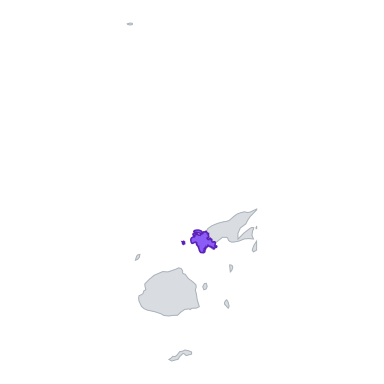 location of Bua, Northern, Fiji
{"feature_id": "14151628B59272471160482", "entity_name": "Bua", "entity_type": "district", "adm_level": 2, "iso_a3": "FJI", "parent_name": "Fiji", "parent_adm1": "Northern", "projection": "natural_earth1", "projection_center": [178.732, -16.793], "detail": "fine", "context": "in_parent", "style": "filled", "palette": "violet", "viewbox_px": 384, "rotation_deg": 0, "n_neighbors": 0, "source": "geoboundaries", "source_scale": "gbopen_adm2", "svg_char_len": 6857}
<svg xmlns="http://www.w3.org/2000/svg" viewBox="0 0 384 384"><path d="M182.6,270.8L182.6,273.0L183.9,274.0L185.1,274.1L188.2,278.4L193.1,282.1L196.0,284.9L196.2,287.3L195.3,289.9L196.5,294.5L197.1,299.2L199.3,306.7L196.3,308.1L191.5,308.3L190.4,309.6L188.8,308.9L184.8,309.4L181.1,311.9L177.5,315.3L173.4,315.3L168.7,316.0L164.0,315.5L160.8,313.7L155.0,311.8L147.3,310.1L144.1,308.7L141.5,306.5L139.0,301.0L138.6,298.3L139.0,295.7L141.2,294.8L143.1,293.5L143.4,291.8L144.2,290.5L145.3,290.1L145.8,289.3L145.0,286.5L144.8,283.9L149.3,279.3L154.1,275.3L162.7,271.6L168.0,271.9L176.1,269.1L178.6,267.8L181.2,268.6L182.6,270.8ZM256.7,209.8L250.1,216.6L247.8,220.0L245.8,223.9L240.3,228.0L237.9,233.5L238.0,239.1L243.6,233.3L249.8,228.5L251.7,227.5L253.7,227.6L253.5,229.2L252.6,230.8L251.9,235.1L253.5,239.0L248.9,238.6L244.4,238.9L238.9,241.1L233.6,242.1L231.6,242.1L229.7,241.4L228.5,240.3L227.5,237.7L226.5,237.3L222.3,237.4L216.0,242.5L213.9,246.9L211.4,247.1L208.6,246.2L205.1,249.5L201.0,250.7L199.2,247.9L198.0,244.4L196.5,241.8L192.0,241.2L192.7,238.1L193.9,236.8L195.0,234.9L195.7,232.8L197.8,234.1L200.1,235.0L202.6,233.4L205.2,233.3L207.8,228.6L211.9,225.7L217.5,223.4L223.3,221.8L226.2,221.5L229.1,220.5L234.1,216.2L237.4,213.9L241.0,212.6L244.4,211.8L247.6,212.5L250.1,212.1L256.7,209.0L256.7,209.8ZM191.6,352.0L191.6,354.1L186.1,355.6L184.2,353.8L183.0,353.5L179.7,356.6L178.8,358.0L178.5,358.9L177.6,359.4L171.6,361.0L168.9,359.4L170.7,358.4L172.9,356.3L175.1,356.6L177.4,354.7L179.6,351.7L182.8,351.1L185.0,350.0L188.7,350.8L191.6,352.0ZM256.6,250.1L253.4,251.9L252.2,250.1L253.7,245.7L256.6,241.1L256.6,244.8L256.6,250.1ZM228.6,307.8L228.2,308.2L224.5,304.1L224.6,302.5L225.2,301.1L226.7,299.8L228.1,302.1L229.1,305.9L228.6,307.8ZM206.2,288.9L203.9,289.8L202.7,286.7L204.4,283.6L206.3,283.3L207.2,286.4L206.2,288.9ZM231.7,270.5L230.3,271.9L229.6,264.9L231.1,265.0L232.2,265.7L232.8,267.4L231.7,270.5ZM137.6,259.4L135.4,260.2L136.6,256.2L137.8,254.9L138.6,254.7L139.9,254.4L139.4,257.2L137.6,259.4ZM132.3,24.5L130.6,25.0L127.9,24.6L127.3,23.8L128.2,23.6L130.0,23.0L132.2,23.3L132.5,23.8L132.3,24.5ZM256.7,228.6L256.1,228.7L256.0,227.7L256.7,226.0L256.7,228.6Z" fill="#d9dde1" stroke="#a8b0b8" stroke-width="1"/><path d="M211.7,239.4L211.3,239.4L211.3,239.6L211.1,239.6L211.1,239.3L211.2,239.2L210.9,239.1L210.8,238.8L210.8,238.7L210.5,238.6L210.4,238.4L210.3,238.5L210.0,238.4L209.9,238.3L209.7,238.6L209.7,238.8L209.3,239.0L209.2,239.2L209.0,239.5L208.9,239.3L208.9,239.2L208.7,239.2L208.2,239.3L208.2,239.1L207.7,238.9L207.5,239.0L207.2,238.8L207.2,238.5L207.1,238.4L207.1,238.2L207.3,237.7L207.5,237.7L207.8,237.5L208.1,237.6L208.3,237.5L208.3,237.2L208.5,236.9L208.6,236.7L208.8,236.6L208.8,236.4L208.7,236.1L208.7,235.9L208.5,235.6L208.4,235.6L208.2,235.3L208.2,235.1L208.2,234.7L208.3,234.6L208.2,234.4L208.2,234.1L208.3,234.1L208.2,233.9L207.9,233.7L208.0,233.6L207.9,233.6L208.0,233.5L208.0,233.4L207.9,233.4L207.7,233.3L207.4,233.2L207.4,232.9L207.2,232.8L206.5,232.2L206.6,231.9L206.5,231.6L206.2,231.4L205.9,231.5L205.7,231.5L205.6,231.4L205.3,231.6L205.4,231.8L205.2,232.0L205.0,231.9L204.4,232.0L204.4,231.9L204.2,231.9L203.8,231.8L203.5,231.9L203.3,232.2L203.2,232.6L203.1,232.8L203.0,233.0L202.9,232.8L202.7,233.0L202.1,233.5L201.6,234.1L201.3,234.2L201.2,234.1L201.0,233.7L200.9,233.6L200.7,233.6L200.6,234.2L200.5,234.6L200.5,234.9L200.5,235.1L200.3,235.4L199.6,235.2L198.4,235.2L198.1,234.9L197.8,234.6L197.3,234.1L197.2,234.0L196.9,234.2L196.7,234.3L196.5,234.5L196.2,234.6L195.8,234.5L195.8,234.3L196.3,234.1L196.1,233.7L195.6,233.3L195.2,233.0L194.9,233.0L193.5,233.6L193.3,233.7L192.9,234.1L192.9,234.3L193.2,234.6L193.3,235.1L193.3,235.5L193.7,235.7L194.4,235.5L194.7,235.2L194.9,235.1L195.0,235.1L194.8,235.8L194.9,236.0L194.7,236.2L194.7,236.5L194.4,236.9L193.4,236.9L192.6,237.2L191.8,237.7L191.2,238.3L191.0,238.8L190.8,239.4L190.8,240.5L191.0,241.3L191.2,242.2L191.8,243.2L192.2,243.4L192.8,243.1L193.4,243.1L195.1,242.1L195.6,242.0L195.8,242.1L196.2,242.6L196.6,242.7L196.4,243.3L196.5,243.5L196.4,243.6L196.5,243.7L196.5,243.8L196.9,244.0L197.0,244.2L196.9,244.2L196.7,244.4L196.6,244.5L196.6,244.8L196.8,244.8L197.4,245.6L197.9,246.3L198.0,246.4L198.4,246.4L198.3,246.7L198.5,246.8L198.4,247.0L198.4,247.4L198.6,247.6L198.6,247.9L198.9,248.6L199.0,248.8L199.1,249.0L199.1,249.6L199.3,250.1L199.4,250.4L199.4,250.5L199.5,250.6L199.7,251.1L200.0,251.1L200.1,251.3L200.1,251.8L200.4,252.0L200.6,252.4L201.2,252.6L201.6,252.6L201.9,252.6L202.2,252.4L202.5,252.7L203.0,252.7L203.4,252.8L203.8,252.7L203.9,252.4L203.4,252.1L203.5,252.0L204.1,252.2L204.4,252.2L204.7,252.0L204.9,251.6L204.9,251.0L204.9,250.7L204.3,250.5L204.0,250.5L203.8,250.4L203.7,250.2L204.7,250.1L205.0,250.0L205.3,249.7L205.4,249.4L205.2,249.3L205.1,249.1L205.5,249.1L205.6,248.9L205.4,248.6L205.2,248.3L205.0,248.1L204.7,248.1L204.9,247.9L205.3,247.7L205.6,247.8L205.8,247.8L206.2,247.5L206.3,247.3L206.3,247.1L206.2,246.8L206.6,247.0L206.8,246.9L207.3,246.7L207.5,246.3L207.5,245.9L207.7,245.7L207.8,245.4L208.0,245.1L209.4,246.6L210.1,246.5L210.2,246.3L210.9,246.5L211.0,246.9L211.1,247.4L211.4,247.7L211.7,247.8L212.1,247.8L212.3,247.6L212.3,247.3L212.6,247.4L212.9,247.6L213.2,247.7L213.5,248.2L213.5,248.3L213.4,248.4L213.1,248.5L213.1,248.8L213.3,248.9L213.9,249.0L214.2,248.9L214.5,248.7L214.6,248.2L214.8,247.9L215.2,247.5L215.7,247.4L216.4,247.4L216.5,247.3L216.6,247.2L216.7,246.6L216.8,246.3L216.6,245.9L216.3,245.9L216.1,246.0L215.7,246.1L215.3,245.9L215.2,245.8L215.1,245.6L214.9,245.6L214.8,245.8L214.7,245.9L214.6,245.7L214.8,245.3L215.1,244.8L215.2,244.3L215.2,243.7L215.4,243.1L215.3,242.7L215.2,242.2L214.8,241.8L214.7,241.8L214.5,241.7L214.4,241.7L214.2,241.7L214.3,241.9L214.2,242.0L213.9,242.0L213.8,241.9L213.5,242.1L213.3,242.1L212.7,242.1L212.3,241.9L212.2,241.9L212.0,241.7L211.9,241.6L211.8,241.4L211.9,241.2L211.8,240.7L211.8,240.4L211.9,240.2L211.9,239.9L211.7,239.7L211.8,239.6L211.7,239.4ZM202.0,233.3L202.2,233.1L202.3,232.7L202.2,232.1L201.7,231.4L201.2,231.0L200.0,230.5L198.7,230.1L196.5,230.1L194.6,230.5L194.2,230.7L193.8,231.7L194.0,231.8L195.0,232.2L195.8,232.2L197.9,232.6L199.0,232.9L200.4,233.3L201.3,233.3L201.7,233.3L202.0,233.3ZM182.5,241.6L182.4,241.6L182.5,241.7L182.3,241.9L182.6,242.1L182.6,242.4L182.9,242.4L183.0,242.5L183.0,242.8L182.9,242.9L182.7,242.9L182.5,243.0L182.8,243.0L183.0,243.0L183.4,243.3L183.6,243.6L183.7,243.4L183.9,243.5L184.0,243.6L184.0,243.8L184.1,243.7L184.3,243.4L184.4,243.6L184.6,243.7L184.7,243.2L184.5,242.9L184.3,242.8L184.2,242.7L184.5,242.4L184.5,242.2L184.5,241.9L184.2,241.9L184.1,242.1L183.9,242.2L183.6,242.0L183.4,242.2L183.4,241.8L183.4,241.7L183.2,241.9L183.1,242.1L182.8,242.0L182.7,241.7L182.5,241.6ZM182.8,244.0L182.8,243.7L182.6,243.5L182.6,243.4L182.5,243.5L182.6,243.9L182.7,244.0L182.8,244.0Z" fill="#8b5cf6" stroke="#5b21b6" stroke-width="1.5"/></svg>